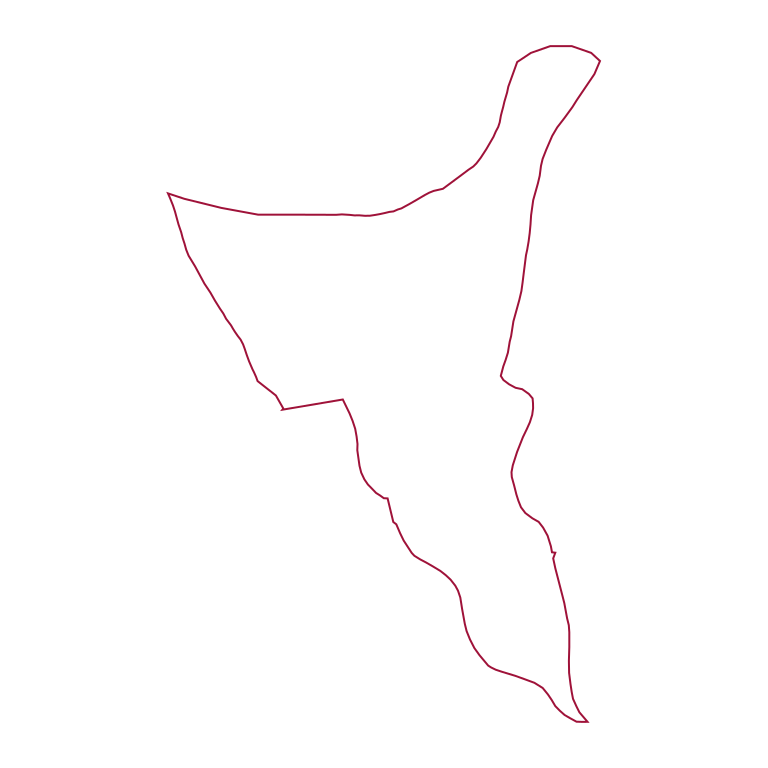 the district of Monchy/Vieux Sucreic/Bois D'Ine, Gros Islet, Saint Lucia
{"feature_id": "8701671B73364458199971", "entity_name": "Monchy/Vieux Sucreic/Bois D'Ine", "entity_type": "district", "adm_level": 2, "iso_a3": "LCA", "parent_name": "Saint Lucia", "parent_adm1": "Gros Islet", "projection": "natural_earth1", "projection_center": [-60.951, 14.056], "detail": "fine", "context": "isolated", "style": "outline", "palette": "rose", "viewbox_px": 768, "rotation_deg": 0, "n_neighbors": 0, "source": "geoboundaries", "source_scale": "gbopen_adm2", "svg_char_len": 2647}
<svg xmlns="http://www.w3.org/2000/svg" viewBox="0 0 768 768"><path d="M600.0,61.0L591.2,52.9L571.7,46.1L550.3,46.1L530.9,52.9L517.2,62.0L508.3,86.7L507.1,92.5L504.4,101.7L503.2,106.9L501.9,111.7L500.9,115.6L499.7,122.4L498.2,127.0L495.8,131.5L493.5,136.8L486.3,149.2L480.7,157.8L476.5,163.3L473.3,166.5L468.4,169.8L463.5,173.5L457.2,178.2L442.9,188.8L433.7,190.9L429.2,192.7L424.7,195.1L416.9,199.7L408.9,204.3L405.2,206.3L401.4,208.4L397.8,209.5L393.5,211.4L389.4,211.9L384.9,213.0L379.8,214.1L375.4,214.9L370.1,215.7L365.0,215.8L359.0,215.3L354.5,215.4L350.0,214.9L341.9,214.4L336.2,214.8L305.0,214.7L258.3,214.7L221.3,207.9L184.3,198.8L168.0,193.4L170.2,198.5L173.0,205.5L175.0,211.6L176.6,217.5L178.5,224.4L181.2,232.3L182.7,238.1L184.5,243.6L186.2,249.7L188.6,255.7L195.1,266.4L204.4,283.6L210.4,292.6L215.0,300.7L220.0,308.7L223.3,313.5L226.1,318.8L231.0,325.3L232.9,328.6L234.9,331.8L237.8,336.0L240.6,339.6L243.1,344.4L244.6,348.5L246.8,355.1L249.1,361.4L252.5,369.3L254.0,372.3L256.1,377.0L257.6,381.1L275.9,395.5L283.3,408.5L282.4,409.7L342.8,399.5L349.6,413.5L352.6,420.9L355.2,428.8L356.6,436.6L357.5,444.0L357.3,450.2L359.5,465.8L361.2,472.6L364.4,479.4L367.9,484.5L372.0,488.7L376.0,492.9L380.1,495.5L383.8,498.2L387.6,498.4L393.3,522.0L396.3,524.3L400.1,533.2L403.7,540.6L411.7,552.9L414.4,555.8L420.2,559.4L425.9,562.4L432.7,566.3L440.3,570.9L445.8,575.2L450.6,579.7L455.3,585.7L458.0,590.7L460.3,597.5L462.1,608.9L464.8,623.8L466.6,631.1L470.0,639.5L474.4,648.1L479.5,655.2L488.2,665.6L491.2,667.5L495.7,669.7L502.0,671.8L515.2,675.8L524.9,679.3L534.4,682.8L542.7,688.0L547.9,694.4L551.7,700.0L555.3,706.1L559.8,710.7L564.6,715.0L570.3,718.3L576.5,721.7L583.2,721.9L587.5,721.8L579.4,712.3L576.4,706.3L573.0,698.8L571.7,692.0L570.5,684.1L569.1,672.9L568.9,660.8L569.3,647.1L569.3,632.2L568.8,625.2L567.1,618.3L564.3,603.1L562.5,596.0L555.3,568.2L553.2,558.4L555.3,552.7L552.0,552.3L550.9,546.3L547.6,535.7L543.1,527.6L538.7,521.9L532.4,518.3L525.4,513.1L521.0,507.3L518.4,500.8L516.4,494.5L514.1,485.4L511.8,477.1L511.5,472.2L512.8,465.3L517.1,451.9L522.9,437.2L526.9,428.9L529.9,422.2L532.2,414.9L533.1,408.2L533.0,403.2L532.6,398.4L528.9,394.0L522.2,389.2L515.6,387.8L509.1,384.3L503.4,380.0L500.8,375.9L503.3,366.4L505.6,360.0L507.9,352.7L509.7,341.7L511.1,336.2L513.4,321.4L519.3,300.0L521.4,291.1L522.6,282.4L523.7,273.4L526.0,255.2L527.2,249.7L528.6,241.5L529.7,233.1L530.5,224.5L531.1,215.2L533.2,200.2L537.9,183.4L539.7,175.8L541.0,165.8L542.6,159.0L546.2,149.8L552.2,135.9L557.2,127.4L564.6,117.8L572.4,107.1L576.6,100.4L577.6,98.9L585.4,87.4L594.4,74.1L600.0,61.0Z" fill="none" stroke="#9f1239" stroke-width="2"/></svg>